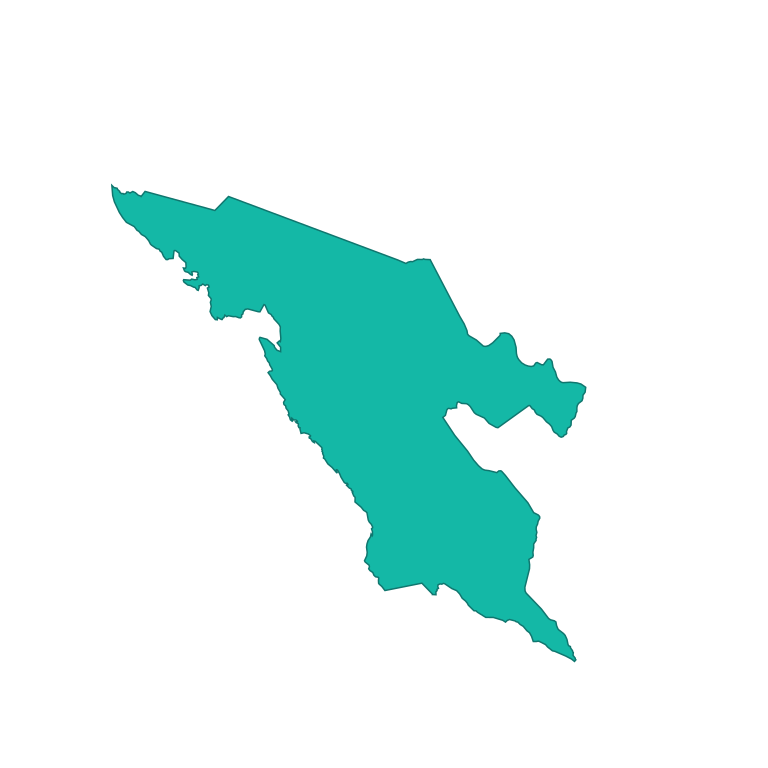 outline of Turkana East, Rift Valley, Kenya, rotated 136°
{"feature_id": "3690345B18632189504967", "entity_name": "Turkana East", "entity_type": "district", "adm_level": 2, "iso_a3": "KEN", "parent_name": "Kenya", "parent_adm1": "Rift Valley", "projection": "equal_earth", "projection_center": [36.31, 1.871], "detail": "fine", "context": "isolated", "style": "filled", "palette": "teal", "viewbox_px": 768, "rotation_deg": 136, "n_neighbors": 0, "source": "geoboundaries", "source_scale": "gbopen_adm2", "svg_char_len": 6138}
<svg xmlns="http://www.w3.org/2000/svg" viewBox="0 0 768 768"><g transform="rotate(136 384 384)"><path d="M439.7,52.1L437.6,52.3L437.5,53.3L436.9,53.9L436.5,57.5L434.3,59.4L434.4,60.0L433.6,61.4L433.2,64.4L432.3,65.7L432.9,67.1L432.7,68.6L429.8,73.2L428.3,77.4L428.2,79.8L429.1,86.1L428.9,87.3L427.7,90.3L425.6,93.5L426.0,95.4L428.0,98.7L428.5,101.0L427.1,112.6L427.0,134.9L426.3,137.1L423.9,139.9L407.7,150.0L404.8,152.8L401.6,157.2L397.2,156.2L395.9,156.9L393.7,159.6L390.1,162.2L387.4,165.0L383.3,165.8L382.2,167.0L380.8,167.6L379.9,169.4L377.1,171.1L375.5,173.8L373.6,175.5L370.9,176.5L368.5,178.2L365.1,179.3L364.1,180.6L364.0,182.6L365.7,187.5L363.0,198.6L361.9,218.6L360.2,233.9L360.0,239.2L360.2,240.3L361.7,241.7L364.4,241.9L368.7,248.8L371.3,252.0L372.4,254.6L372.8,259.7L372.4,266.9L370.5,277.7L368.8,297.9L364.9,319.1L361.6,318.8L356.6,321.8L355.1,321.9L354.3,321.5L353.0,319.5L351.7,319.1L348.3,316.4L346.9,318.1L344.2,319.8L342.7,319.4L341.6,316.1L338.3,312.5L337.7,310.5L337.6,307.9L339.0,300.7L338.7,298.2L335.4,289.8L335.8,282.7L333.5,275.0L332.4,273.4L295.0,268.0L294.3,267.5L294.1,266.9L294.5,263.3L293.9,260.9L294.8,258.5L295.0,255.9L293.4,251.9L293.0,249.6L293.4,244.0L292.8,240.1L293.0,236.9L294.6,233.2L295.0,231.1L294.1,227.6L294.3,224.8L293.6,222.9L293.1,222.4L291.4,221.7L289.8,222.1L288.3,221.4L287.0,221.5L285.7,223.1L282.2,224.7L280.2,224.0L278.0,224.5L274.5,227.8L270.9,227.3L269.1,227.7L266.1,229.7L264.4,230.2L261.8,232.9L260.0,234.2L257.6,234.9L253.2,234.4L250.9,235.6L248.7,237.7L245.0,238.4L241.2,241.5L242.3,247.1L244.3,250.6L248.8,255.9L254.2,260.5L255.1,261.8L255.5,263.5L255.6,265.6L254.9,268.9L252.3,273.6L250.8,278.6L247.4,283.6L247.1,285.6L247.3,286.7L249.0,288.2L256.0,287.1L257.2,288.3L258.9,293.1L260.3,293.7L263.7,293.0L265.9,294.3L267.8,296.7L269.3,299.7L270.3,303.6L270.1,307.9L269.6,310.1L268.8,311.9L267.5,314.0L263.5,318.7L259.8,325.4L258.9,329.6L259.3,333.5L261.6,336.9L265.3,339.7L266.2,338.6L267.1,338.3L277.1,338.1L282.0,338.9L284.6,340.3L286.2,342.1L287.0,351.5L289.3,359.6L289.3,361.7L287.2,364.8L284.6,371.5L282.5,380.1L264.4,441.4L268.1,445.3L268.5,446.4L270.0,447.0L273.4,450.4L278.6,452.2L279.6,453.5L282.0,454.9L284.5,455.5L287.9,463.6L365.6,626.9L385.1,626.3L422.1,688.5L428.5,687.6L428.7,688.9L429.6,690.2L430.0,694.4L431.0,697.0L434.1,697.9L434.6,699.8L435.7,700.8L437.1,700.3L439.3,701.2L439.4,702.3L440.6,703.3L440.8,705.7L440.3,706.1L440.5,709.0L440.0,710.2L441.7,712.8L441.8,715.9L448.3,708.0L451.4,702.3L455.2,691.2L456.4,685.2L457.0,679.2L454.3,670.7L454.9,666.1L454.3,664.2L454.6,660.1L453.4,656.1L453.4,654.4L453.7,650.5L454.8,646.9L454.8,645.4L453.6,639.5L452.1,637.2L452.8,634.7L452.4,634.0L452.4,633.0L453.9,629.0L454.3,624.9L453.1,623.7L451.8,623.6L448.5,620.8L442.9,625.4L442.1,625.6L441.2,624.7L440.5,620.5L442.5,618.2L442.7,613.6L442.2,609.0L444.9,605.8L446.4,605.1L447.7,606.8L448.9,604.0L448.8,602.8L447.3,600.3L447.1,597.2L446.5,595.5L445.8,595.8L444.5,598.1L442.6,597.1L440.6,594.3L440.5,593.5L441.2,592.0L442.0,592.1L442.9,589.8L444.7,590.6L445.7,589.0L447.7,590.4L449.5,593.1L451.2,593.2L455.6,598.2L456.5,597.8L457.1,596.3L456.4,591.5L454.8,589.2L453.7,586.0L452.8,584.7L453.1,581.4L452.6,580.4L450.1,581.7L448.8,583.1L447.2,582.0L444.9,581.8L444.2,578.9L442.5,578.7L441.6,577.1L442.4,575.3L444.4,575.7L446.6,571.4L448.8,569.7L449.1,565.6L449.9,564.5L452.1,563.4L454.4,559.8L458.8,556.9L460.3,552.7L460.6,547.5L459.3,546.0L457.6,547.6L456.1,543.3L455.6,542.8L454.1,543.3L453.0,543.0L450.6,544.1L450.4,541.8L448.5,541.2L445.7,537.2L443.8,535.5L442.4,532.6L441.4,531.3L439.8,531.2L438.3,532.7L436.9,532.4L435.1,533.7L432.0,534.1L429.8,532.6L424.3,523.4L423.1,522.1L415.2,524.5L414.8,523.8L414.9,523.0L417.7,515.4L416.9,512.4L417.4,510.4L417.2,509.1L417.9,507.3L418.1,499.8L418.9,497.1L421.9,494.2L426.6,488.4L429.1,486.5L429.4,487.7L432.3,487.8L432.8,482.3L435.9,479.1L437.5,482.6L437.2,486.4L436.3,488.0L437.1,497.4L440.8,503.7L441.8,503.5L442.8,502.7L446.8,490.9L448.6,488.0L450.2,487.1L450.7,483.8L451.7,481.5L451.9,478.8L452.9,477.1L454.0,472.6L454.8,471.4L455.6,471.3L457.5,472.7L459.5,472.7L460.0,469.0L461.1,464.9L461.5,458.0L463.3,454.4L464.3,450.1L465.5,448.9L465.9,441.4L468.9,440.6L470.0,439.2L470.2,438.3L469.9,436.8L471.3,434.5L471.6,431.3L473.2,428.4L474.4,428.4L474.8,426.0L476.2,423.3L475.9,421.0L475.5,421.0L474.9,422.9L474.0,423.5L473.9,420.8L472.4,419.4L472.1,417.9L472.4,417.1L473.9,418.2L474.0,417.2L473.2,414.9L474.9,413.4L475.5,411.7L474.8,410.9L475.8,409.9L478.0,406.1L475.3,404.4L473.1,400.5L472.8,397.8L473.4,397.4L474.7,397.9L475.3,397.0L474.7,395.7L475.4,392.3L474.9,390.3L474.0,391.7L473.3,390.6L472.9,382.0L473.1,381.0L474.3,380.0L474.5,379.0L475.4,378.6L475.6,377.3L476.5,376.5L477.4,374.0L479.0,372.8L478.7,371.3L479.9,365.5L479.3,360.1L479.7,353.1L479.3,352.9L478.6,355.0L477.9,355.4L477.4,355.1L477.3,354.1L478.3,350.1L479.6,347.0L481.0,340.8L480.7,339.3L479.4,338.1L479.7,336.7L480.2,336.5L480.6,336.6L481.3,337.9L481.2,333.2L480.6,331.8L480.6,331.0L481.2,330.5L481.0,328.5L481.3,328.1L481.9,328.4L482.4,327.3L483.5,324.5L483.5,322.5L486.8,319.3L486.0,311.3L486.4,307.3L485.7,304.8L485.7,303.2L489.8,297.1L490.5,294.9L490.6,291.8L491.5,289.1L492.1,288.5L493.6,288.5L494.8,285.9L497.2,283.3L498.0,283.0L497.6,285.0L500.0,283.4L504.1,282.5L507.3,280.8L509.9,278.8L513.0,274.6L515.7,272.4L520.8,270.4L521.2,269.0L520.6,264.0L521.5,262.6L523.4,261.7L523.7,259.5L523.0,256.2L524.1,253.4L524.0,251.2L522.5,249.1L522.5,248.2L524.5,246.5L526.3,244.4L526.5,243.4L526.2,239.9L526.8,234.8L495.1,214.4L495.1,199.1L495.4,198.9L493.0,196.3L491.1,198.4L489.4,198.5L488.5,199.5L486.7,199.2L486.2,200.8L484.6,202.0L482.6,201.3L481.4,199.8L479.9,199.4L479.1,198.2L477.3,189.7L475.3,184.9L475.4,180.4L476.6,175.4L476.1,171.4L476.3,168.6L477.0,166.2L476.8,158.4L475.4,157.0L475.3,154.8L472.9,145.4L467.5,140.1L462.7,131.5L462.0,128.3L459.6,128.3L457.3,127.4L454.3,122.5L454.1,121.2L453.1,119.7L453.1,116.5L452.2,113.0L452.6,107.2L452.1,103.9L453.2,99.9L455.5,95.1L453.4,93.0L451.6,91.8L450.9,90.4L448.8,84.3L449.0,81.2L448.2,75.1L446.8,73.0L442.3,62.2L440.2,55.9L439.7,52.1Z" fill="#14b8a6" stroke="#0f766e" stroke-width="1.5"/></g></svg>